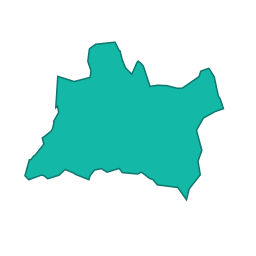 the district of Ikot Abasi, Akwa Ibom, Nigeria, rotated 203°
{"feature_id": "59680162B30032590265448", "entity_name": "Ikot Abasi", "entity_type": "district", "adm_level": 2, "iso_a3": "NGA", "parent_name": "Nigeria", "parent_adm1": "Akwa Ibom", "projection": "albers", "projection_center": [7.634, 4.614], "detail": "fine", "context": "isolated", "style": "filled", "palette": "teal", "viewbox_px": 256, "rotation_deg": 203, "n_neighbors": 0, "source": "geoboundaries", "source_scale": "gbopen_adm2", "svg_char_len": 1073}
<svg xmlns="http://www.w3.org/2000/svg" viewBox="0 0 256 256"><g transform="rotate(203 128 128)"><path d="M194.4,185.6L191.1,173.8L184.4,166.1L182.7,159.8L195.8,149.7L212.8,148.1L202.4,118.4L201.4,120.4L198.3,115.9L197.9,114.9L199.1,104.9L198.3,104.1L197.2,98.1L197.5,95.1L202.4,86.3L203.0,85.3L199.2,80.3L202.7,67.1L204.0,65.1L204.8,61.3L206.4,60.1L204.2,43.8L199.2,41.6L189.2,50.9L186.5,51.3L182.1,49.9L173.0,57.6L169.7,65.2L159.4,65.3L158.7,64.8L143.8,65.1L144.3,69.3L142.4,76.2L136.6,80.2L130.1,79.1L120.3,87.3L115.8,84.7L101.2,89.4L98.4,92.6L88.3,90.0L84.8,90.2L78.7,87.1L59.0,92.7L46.1,84.8L47.9,95.9L43.2,113.2L50.6,124.8L51.3,136.3L64.1,152.7L62.5,166.6L54.2,177.2L47.7,183.1L54.5,190.8L57.3,192.7L60.6,197.3L68.6,208.8L76.6,214.4L77.3,214.3L83.2,208.7L82.7,203.1L93.6,185.9L98.0,183.9L99.3,183.6L108.8,182.2L116.7,179.2L117.0,179.2L124.0,174.9L138.0,190.9L140.6,192.3L144.8,193.5L145.3,192.2L145.5,179.0L153.6,182.2L160.0,188.6L165.5,195.9L166.7,196.1L173.5,201.9L190.4,192.5L193.5,187.6L194.4,185.6Z" fill="#14b8a6" stroke="#0f766e" stroke-width="1.5"/></g></svg>